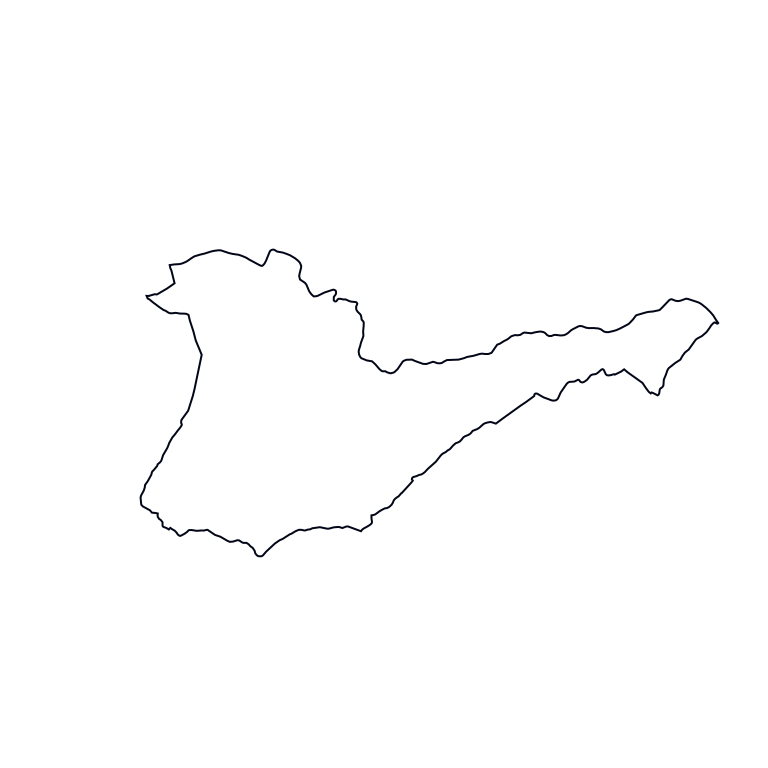 Guachapala, Azuay, Ecuador, rotated 33°
{"feature_id": "8360857B86752754342516", "entity_name": "Guachapala", "entity_type": "district", "adm_level": 2, "iso_a3": "ECU", "parent_name": "Ecuador", "parent_adm1": "Azuay", "projection": "natural_earth1", "projection_center": [-78.692, -2.767], "detail": "fine", "context": "isolated", "style": "outline", "palette": "ink", "viewbox_px": 768, "rotation_deg": 33, "n_neighbors": 0, "source": "geoboundaries", "source_scale": "gbopen_adm2", "svg_char_len": 6165}
<svg xmlns="http://www.w3.org/2000/svg" viewBox="0 0 768 768"><g transform="rotate(33 384 384)"><path d="M612.8,246.6L612.8,246.1L613.0,245.4L614.6,245.0L619.7,244.5L620.1,243.4L619.8,241.7L618.4,238.7L618.2,237.8L618.5,236.6L619.0,235.7L619.2,234.4L619.1,233.0L616.3,227.9L615.3,222.5L614.3,218.6L614.1,216.8L614.2,215.5L616.8,207.7L619.2,202.4L619.3,201.6L619.0,198.6L619.2,193.9L620.8,189.1L621.3,177.2L622.1,175.0L624.5,170.7L626.2,164.9L626.5,160.1L626.5,156.4L627.2,153.1L627.9,152.2L630.6,151.9L631.0,151.4L631.1,150.8L627.7,149.5L623.1,147.3L619.3,146.1L612.7,144.7L606.3,144.1L604.5,144.2L602.9,144.4L592.7,147.1L590.9,147.9L587.3,152.6L585.7,154.2L583.3,155.4L579.2,156.2L578.6,156.6L577.6,158.0L575.8,167.6L574.9,171.7L574.5,172.3L570.3,176.5L566.4,179.6L564.9,181.1L558.4,188.6L558.0,189.4L557.7,194.1L556.7,199.6L556.0,201.3L551.9,208.6L549.6,212.2L547.9,214.2L544.2,218.1L542.3,219.4L541.0,219.9L539.7,220.2L536.2,220.0L533.7,220.6L529.5,222.8L525.3,225.6L522.9,226.7L518.8,227.6L516.6,228.7L515.6,229.9L512.4,235.4L511.5,237.5L510.6,240.9L509.6,243.2L508.2,245.2L505.7,247.1L500.9,249.5L499.8,250.4L498.3,252.5L496.3,253.9L493.9,254.1L492.1,253.6L491.0,253.5L489.5,253.6L487.4,254.4L485.7,255.5L483.0,257.9L479.8,261.3L473.7,264.4L472.6,266.0L471.6,268.5L469.4,270.5L467.9,271.2L466.7,272.2L465.1,274.2L464.6,275.1L463.5,278.6L462.8,280.0L461.2,282.8L459.2,287.1L457.5,289.4L457.2,299.3L455.1,302.1L452.6,303.7L449.6,305.2L447.8,306.8L443.6,311.7L439.1,315.9L436.9,318.9L433.3,322.9L423.8,329.6L422.5,331.7L421.0,334.9L419.4,336.4L417.3,337.5L413.6,338.4L412.9,338.8L408.6,344.2L405.6,345.9L397.5,347.8L394.2,348.3L389.7,351.4L388.0,353.7L387.5,355.0L387.3,364.2L386.2,368.6L384.3,370.9L382.9,371.8L380.2,372.5L378.2,372.6L376.4,373.8L375.5,374.2L374.6,374.3L372.1,374.0L366.0,372.2L361.6,371.5L356.7,373.6L351.0,374.7L349.4,374.3L347.1,372.9L345.3,370.9L344.4,369.2L343.3,365.1L342.2,361.9L340.6,355.0L337.7,351.0L335.5,346.7L333.6,343.6L332.6,342.8L330.2,342.2L328.5,340.2L326.9,338.8L325.8,338.4L322.7,337.8L321.0,337.1L319.9,336.3L318.5,334.3L318.0,331.6L317.7,331.0L316.3,330.5L314.8,331.1L311.6,332.8L310.0,333.3L305.7,334.0L303.9,335.2L300.8,336.4L299.5,337.3L299.0,338.5L299.1,340.0L298.7,340.9L298.0,341.4L297.3,341.5L296.2,341.1L294.5,338.3L294.7,335.2L294.4,334.1L293.7,333.0L292.9,332.2L291.7,332.0L290.4,332.3L289.6,333.0L284.1,339.9L280.8,345.5L279.8,346.9L277.4,348.8L274.6,348.4L272.2,347.6L270.5,346.8L264.9,343.0L262.7,342.2L256.6,342.1L254.0,339.6L253.0,337.1L251.1,331.5L250.0,329.8L247.2,328.0L244.6,327.4L241.0,327.0L235.0,327.2L230.7,328.1L227.5,328.9L222.3,331.1L218.9,331.2L217.6,331.8L216.7,332.8L216.1,334.1L216.1,335.4L217.9,344.7L218.2,348.0L217.9,350.0L217.6,351.1L216.5,351.8L214.7,352.1L203.0,353.1L199.9,353.1L195.2,353.9L191.7,354.8L186.3,357.3L182.4,358.7L174.3,360.8L172.2,362.1L168.5,365.3L166.1,367.9L162.6,372.2L159.1,375.9L155.4,380.3L154.0,383.3L152.1,388.0L151.2,389.7L149.1,392.8L147.2,394.8L142.9,398.0L139.5,401.0L141.8,403.3L143.8,404.5L153.5,413.6L150.1,422.0L144.9,432.4L144.4,432.8L142.8,433.6L139.5,437.4L138.9,438.2L136.9,439.4L139.2,441.0L141.3,440.8L145.1,441.3L154.0,441.9L159.0,442.0L161.1,441.5L163.5,441.6L165.3,441.4L166.3,441.0L167.9,440.0L170.5,437.8L174.4,436.1L178.8,433.4L180.1,432.8L182.4,432.5L186.5,436.4L195.5,443.7L202.4,450.0L215.2,458.8L227.9,491.6L230.1,497.9L234.3,513.0L233.7,524.4L234.4,526.1L235.2,527.2L236.4,528.0L236.8,528.9L236.8,531.7L236.4,535.3L236.1,540.3L235.6,544.1L236.0,550.5L236.6,553.0L237.1,555.7L237.5,564.1L238.8,568.7L239.0,570.4L238.8,571.8L237.9,574.6L238.4,576.3L237.8,581.3L237.4,583.2L237.4,584.4L238.3,587.0L238.8,594.3L238.6,598.9L239.7,601.0L240.0,602.1L240.6,604.5L241.0,609.7L241.6,611.7L245.8,617.0L246.4,617.5L248.5,618.0L256.5,617.4L259.5,618.3L262.2,616.8L264.8,615.8L265.6,617.4L266.6,618.6L268.8,619.6L270.9,619.6L273.6,620.6L275.4,623.4L276.1,623.9L277.3,623.9L279.6,623.3L282.8,623.2L282.9,621.9L283.2,621.0L284.5,621.2L288.4,621.0L291.3,621.7L292.9,622.5L294.3,622.7L295.7,622.5L296.4,621.6L298.2,618.4L299.4,615.4L299.8,613.3L300.2,612.6L302.1,611.3L307.0,609.1L310.6,606.3L312.8,605.0L314.6,603.0L315.5,602.4L324.5,602.6L329.9,601.2L337.9,600.8L340.6,600.4L343.3,598.3L345.9,595.1L346.8,594.5L347.7,594.1L351.6,594.1L352.6,593.8L355.1,592.2L356.2,592.1L358.1,592.2L360.0,592.8L363.3,593.0L366.4,594.4L368.4,596.2L370.6,596.9L372.2,596.9L374.5,595.7L375.3,594.8L375.8,593.7L376.5,588.6L379.4,577.1L381.6,571.8L383.4,569.1L386.8,561.5L388.0,559.8L389.9,555.8L391.8,552.9L392.8,552.1L394.9,550.9L396.7,550.4L397.7,549.7L399.2,547.8L401.2,546.1L402.5,544.0L408.2,539.0L414.9,536.4L416.6,535.3L419.9,531.6L423.9,528.5L427.6,527.4L429.8,524.3L430.7,523.5L431.7,523.0L444.9,520.0L445.0,518.2L445.6,516.4L448.2,511.5L449.2,509.1L449.5,507.5L449.1,506.2L446.9,503.8L445.0,501.0L446.6,499.5L447.7,498.1L449.5,493.3L450.6,491.0L452.3,488.0L454.1,486.4L455.1,484.7L455.5,483.6L456.1,481.2L456.1,478.8L455.7,477.1L455.6,475.8L455.8,474.3L456.8,471.4L457.4,470.4L458.0,466.1L458.3,465.7L460.6,451.8L460.8,449.4L459.3,448.8L458.9,447.9L458.9,446.9L459.3,446.0L461.4,443.6L463.1,441.0L464.6,439.5L465.2,438.4L466.2,435.8L467.0,431.2L469.8,421.0L470.5,413.3L470.8,411.6L471.2,410.4L473.0,407.1L473.5,405.1L474.5,403.4L474.9,401.9L475.4,398.2L476.4,394.6L477.6,393.1L478.9,390.9L479.4,388.1L479.5,386.5L479.7,385.3L480.3,383.9L482.6,380.6L483.5,378.5L483.9,375.0L486.6,371.2L487.7,369.0L489.2,363.5L490.0,362.0L491.6,360.1L493.8,358.0L495.5,357.3L499.4,356.3L502.7,347.4L510.3,327.9L513.0,321.6L516.5,312.3L515.9,311.0L516.1,309.8L516.6,309.2L517.7,308.7L525.0,308.3L533.5,306.4L534.6,306.0L536.4,304.7L537.1,303.9L537.7,302.3L537.8,301.3L536.8,294.9L537.1,284.7L537.4,283.0L538.3,281.3L542.4,278.2L544.3,274.9L544.9,274.5L545.6,274.5L547.3,275.1L548.2,275.1L549.0,274.9L549.8,274.4L550.4,273.6L551.0,272.5L552.0,269.9L552.6,264.3L553.6,262.6L555.8,260.7L556.5,259.8L557.4,257.5L558.4,253.7L559.2,252.5L560.4,252.4L561.0,252.7L564.7,255.0L566.2,255.2L567.7,254.5L569.1,253.3L571.3,250.8L571.8,250.4L572.5,250.4L576.1,244.4L577.4,240.9L581.9,241.5L600.1,242.3L606.0,244.8L610.4,246.4L612.8,246.6Z" fill="none" stroke="#020617" stroke-width="2"/></g></svg>